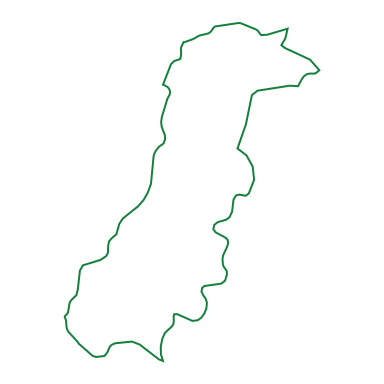 the Province of Modena
{"feature_id": "ITA-5358", "entity_name": "Modena", "entity_type": "Province", "adm_level": 1, "iso_a3": "ITA", "parent_name": "Italy", "parent_adm1": "", "projection": "albers", "projection_center": [10.884, 44.538], "detail": "fine", "context": "isolated", "style": "outline", "palette": "green", "viewbox_px": 384, "rotation_deg": 0, "n_neighbors": 0, "source": "natural_earth", "source_scale": "10m", "svg_char_len": 1952}
<svg xmlns="http://www.w3.org/2000/svg" viewBox="0 0 384 384"><path d="M64.7,316.4L66.7,314.4L68.0,312.4L69.7,302.4L71.4,300.0L76.4,295.1L77.8,289.4L79.9,270.7L82.9,265.3L100.5,259.9L106.0,256.2L107.9,253.0L108.2,245.4L109.0,241.6L111.2,238.7L116.4,234.2L119.3,223.9L122.7,218.6L138.3,206.1L143.5,200.1L147.8,192.6L151.0,183.7L153.6,156.2L154.4,153.4L155.7,150.9L158.9,146.8L162.6,144.2L163.7,143.1L165.2,139.1L164.8,134.9L161.8,127.1L161.1,122.3L161.9,116.8L167.4,98.7L169.5,95.0L169.9,93.5L170.0,91.5L169.5,89.7L168.6,88.2L167.5,87.0L163.7,84.8L163.0,84.7L171.0,64.2L174.1,61.1L180.3,59.0L181.2,54.1L180.9,47.9L183.5,42.2L183.9,42.4L192.8,39.2L196.2,37.4L197.3,36.6L199.6,35.5L208.1,33.5L209.9,32.4L211.2,31.3L212.6,29.0L213.4,27.9L214.2,27.1L215.0,26.5L238.6,23.0L240.7,23.2L255.9,29.4L257.0,30.2L258.0,31.0L260.3,34.2L261.3,35.1L267.4,34.7L287.6,28.7L285.3,38.5L281.4,45.2L284.9,48.0L310.1,59.7L319.3,70.2L315.9,73.2L312.9,73.7L310.0,73.5L306.6,74.3L303.8,76.4L301.8,79.2L298.1,86.2L289.7,85.7L257.5,90.7L251.9,95.1L245.9,124.4L237.5,148.5L246.6,155.5L252.7,166.6L254.1,179.8L248.9,193.3L245.7,195.8L239.4,194.6L236.1,195.4L233.5,199.6L232.1,211.6L229.5,217.3L225.9,219.8L217.8,222.1L214.3,224.9L213.3,229.2L215.7,232.4L225.7,237.8L227.7,240.0L228.2,243.2L226.8,247.4L223.1,255.4L222.5,259.2L222.9,264.5L223.8,266.9L226.6,270.7L227.0,274.0L225.1,280.6L221.4,283.6L204.4,286.0L202.2,287.9L201.5,291.8L203.2,295.2L205.6,298.7L206.9,302.5L206.4,308.3L204.3,313.6L201.2,317.8L197.6,320.3L192.4,320.9L177.3,314.2L174.2,314.2L173.6,316.8L173.8,320.6L173.4,324.1L171.7,326.6L165.0,332.8L162.3,338.8L160.8,346.3L160.9,354.2L163.0,361.0L158.8,359.3L139.6,344.5L132.0,341.6L115.6,343.2L114.3,343.6L111.6,344.9L110.7,345.7L109.9,346.6L109.3,347.8L107.7,351.7L106.2,353.9L104.3,356.0L96.2,357.0L92.8,356.0L79.1,344.0L77.1,341.3L68.2,331.5L67.6,330.3L67.1,329.1L66.7,327.7L66.4,326.2L66.1,320.9L64.7,316.4Z" fill="none" stroke="#15803d" stroke-width="2"/></svg>